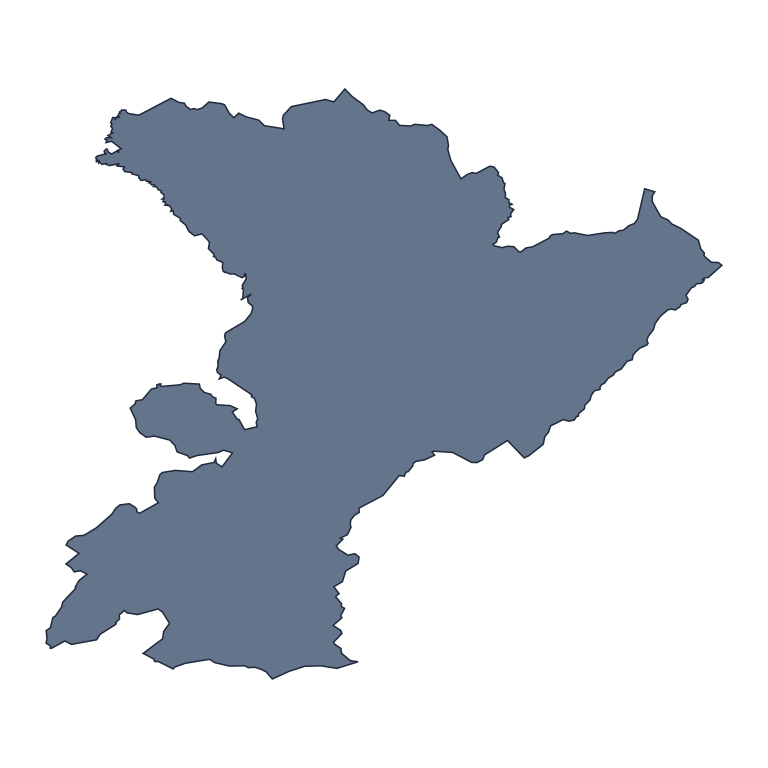 outline of Buncrana Lea-5, Donegal, Ireland
{"feature_id": "5873133B98241361012994", "entity_name": "Buncrana Lea-5", "entity_type": "district", "adm_level": 2, "iso_a3": "IRL", "parent_name": "Ireland", "parent_adm1": "Donegal", "projection": "equal_earth", "projection_center": [-7.424, 55.085], "detail": "fine", "context": "isolated", "style": "filled", "palette": "slate", "viewbox_px": 768, "rotation_deg": 0, "n_neighbors": 0, "source": "geoboundaries", "source_scale": "gbopen_adm2", "svg_char_len": 6092}
<svg xmlns="http://www.w3.org/2000/svg" viewBox="0 0 768 768"><path d="M272.3,679.0L288.9,671.4L304.6,666.3L320.8,665.8L336.8,668.4L358.1,661.8L350.2,660.6L341.6,653.3L340.9,648.4L334.9,644.4L333.5,642.3L341.9,633.5L340.7,630.4L333.1,625.4L341.9,617.8L340.7,615.8L344.6,608.3L341.4,606.8L341.6,603.7L335.5,596.6L339.1,593.6L333.8,586.7L342.4,581.6L345.8,571.0L358.1,563.5L359.1,557.1L354.9,553.7L347.8,555.2L338.9,549.5L336.2,546.0L342.9,539.1L340.3,538.1L347.5,534.6L351.0,527.2L350.2,524.1L350.9,519.8L354.4,515.4L359.3,512.4L359.0,508.1L383.0,495.4L399.2,475.6L404.2,476.3L406.0,472.3L408.4,471.5L412.7,466.1L413.3,463.4L415.9,461.4L424.5,459.9L434.6,455.2L432.0,451.8L433.5,451.2L452.5,452.4L471.6,462.4L477.0,462.6L482.7,459.6L484.6,454.9L507.5,440.5L524.2,457.9L528.8,455.8L543.3,444.2L544.8,436.6L548.4,432.4L550.6,425.9L563.2,419.6L568.9,421.2L574.2,420.1L576.7,416.4L578.2,416.3L578.8,413.4L584.4,408.8L584.8,405.4L590.1,399.9L591.2,395.4L594.4,390.8L600.1,389.4L599.9,387.4L601.8,384.4L604.3,383.4L608.3,378.2L613.6,374.9L615.1,372.1L621.3,368.9L627.1,361.3L632.3,359.7L632.9,355.5L635.7,351.9L639.9,348.1L647.0,344.9L648.1,343.2L646.8,340.6L648.2,336.5L653.5,329.4L655.1,323.6L660.6,316.0L667.8,309.9L671.4,309.0L675.2,310.0L679.9,306.8L681.0,304.5L686.6,302.7L688.1,299.2L686.0,295.4L691.5,287.6L694.3,286.7L696.5,283.9L701.6,283.2L703.7,281.4L704.3,279.7L702.6,279.7L704.3,277.9L708.2,277.5L721.9,265.3L718.3,262.5L711.5,262.3L705.5,257.3L704.0,255.6L704.3,252.9L700.8,249.0L698.4,240.2L680.4,228.1L671.8,224.0L668.1,220.0L660.8,216.7L652.2,201.5L652.4,195.5L654.8,191.8L644.7,188.8L637.5,219.3L634.3,223.5L628.8,225.7L623.3,230.3L619.1,230.7L614.5,233.5L612.9,232.4L604.7,232.8L587.4,235.5L574.5,232.8L570.6,233.3L566.5,231.1L562.7,233.8L553.1,234.4L550.2,235.9L549.2,238.1L532.6,246.8L526.1,247.9L520.8,251.9L518.9,251.8L513.9,246.7L507.4,246.2L502.2,247.7L494.4,245.8L493.1,244.2L496.1,242.5L498.0,237.7L499.5,237.1L497.5,232.5L501.5,226.4L501.2,224.6L508.9,219.5L508.0,217.4L511.1,216.7L510.5,214.0L513.8,209.5L509.5,207.3L509.5,205.3L512.1,204.3L508.8,202.6L508.9,199.6L505.4,197.8L505.5,193.4L504.0,189.3L505.0,183.4L503.7,183.1L502.0,177.7L497.7,175.2L498.6,172.8L494.2,167.1L489.8,166.2L476.2,173.4L472.2,172.6L467.4,174.4L461.0,178.8L450.9,160.6L447.8,149.4L448.5,145.5L447.0,136.8L439.7,130.1L431.8,124.3L427.6,125.5L414.6,124.3L410.5,126.0L399.6,125.4L395.5,120.4L388.8,120.3L389.8,115.3L385.2,111.9L379.8,110.1L372.1,112.9L367.3,110.0L363.5,104.9L351.8,96.2L344.9,89.0L333.9,101.9L325.5,99.5L291.3,106.6L283.3,115.3L282.5,119.2L284.1,128.8L264.4,125.7L258.7,120.1L246.0,116.8L238.7,113.1L234.0,117.7L229.4,113.4L224.7,104.9L221.9,103.7L208.9,102.0L202.1,108.0L196.9,109.7L194.1,108.5L190.5,109.5L185.8,106.0L184.5,103.2L179.2,102.5L171.0,98.3L138.8,115.2L128.9,113.6L126.8,112.6L125.8,110.1L121.2,109.9L122.0,110.3L119.7,111.7L120.2,113.3L119.3,113.0L117.6,116.4L119.0,116.7L118.7,117.6L116.9,116.9L114.8,120.1L115.5,117.7L112.7,117.5L110.6,122.9L112.1,124.3L110.7,126.3L112.5,128.2L111.0,132.5L112.6,133.0L108.0,135.5L111.2,137.6L106.6,137.6L104.9,139.1L107.0,140.3L106.0,142.6L111.6,141.3L121.2,148.8L117.6,150.4L119.2,152.6L116.8,151.1L111.6,154.0L108.3,151.9L107.1,149.0L105.9,149.2L104.1,151.2L104.7,153.2L106.6,153.6L97.4,156.0L95.7,157.5L97.7,160.6L96.3,160.1L96.4,161.8L99.1,161.0L98.7,163.1L99.8,162.5L101.8,164.3L106.4,163.5L106.1,164.4L109.5,165.6L117.8,163.9L117.1,164.6L118.5,164.4L117.3,166.1L124.5,166.9L123.1,169.1L124.7,171.6L131.6,172.5L131.8,173.9L138.6,175.6L138.7,177.6L141.0,180.5L146.0,179.7L146.4,181.2L150.0,181.6L149.2,182.5L150.3,182.3L149.7,183.0L151.8,184.9L154.1,184.5L154.7,185.9L153.7,186.5L156.6,186.9L158.1,189.7L161.3,190.9L161.0,192.5L163.9,194.8L164.1,197.5L162.1,199.0L163.9,199.1L163.0,201.8L165.3,201.9L165.2,204.2L166.6,204.6L165.5,205.2L169.3,205.6L171.7,209.0L170.7,211.3L173.2,210.9L173.7,214.4L180.2,218.2L180.3,220.7L185.4,224.7L188.9,231.5L194.6,235.8L202.0,233.9L208.5,240.9L209.4,242.7L208.4,248.6L213.4,253.7L214.3,255.3L213.5,256.5L215.6,257.2L216.7,259.8L222.7,262.5L222.3,267.6L223.3,271.5L225.3,272.2L224.3,272.9L225.6,272.1L229.8,274.0L234.2,273.9L242.1,277.7L244.7,276.1L244.3,274.0L245.6,274.0L246.2,278.7L242.2,285.5L243.1,287.8L242.1,288.3L243.5,289.9L242.7,298.5L240.5,300.0L251.4,294.1L247.5,297.6L248.2,302.5L252.6,306.2L252.3,309.9L250.9,313.8L244.6,321.5L225.5,332.8L224.6,335.7L225.8,341.9L219.8,350.8L219.2,357.8L217.8,360.9L218.0,366.6L216.7,369.6L217.4,372.4L221.1,375.4L219.3,378.9L224.2,377.1L227.6,378.6L248.9,392.8L252.0,395.2L251.3,396.3L252.3,397.4L254.3,398.1L256.5,404.1L255.6,411.2L257.7,418.8L256.2,422.2L257.0,426.7L244.6,429.7L239.0,419.5L237.2,419.1L232.3,412.0L237.3,408.8L230.1,405.6L216.8,404.8L215.7,403.5L216.0,398.3L212.4,396.7L210.9,394.3L204.5,392.5L200.2,388.4L199.4,384.1L184.0,383.2L180.1,384.8L161.6,386.4L160.1,385.7L161.0,384.1L159.2,383.9L156.8,384.9L156.9,387.8L151.5,389.0L142.4,399.7L135.9,400.8L135.0,404.0L130.2,408.2L135.6,419.7L136.3,427.6L139.8,432.7L146.1,437.2L154.6,436.1L169.8,440.1L174.9,445.5L177.1,451.9L187.5,455.6L189.5,458.1L197.3,455.5L218.3,452.5L223.6,450.2L232.5,452.8L222.0,466.9L216.3,463.2L215.7,458.7L214.0,462.5L201.7,464.9L192.6,471.7L175.3,470.4L162.3,472.5L159.7,474.9L157.3,482.6L154.4,487.2L154.7,498.1L158.3,502.8L139.8,513.2L136.8,511.8L136.6,508.9L135.2,507.3L129.3,503.7L119.9,504.9L115.7,508.3L111.7,514.3L96.5,527.7L83.9,535.4L75.7,536.0L68.2,541.1L66.1,545.0L79.0,553.4L65.9,564.0L71.1,567.5L74.2,571.8L80.6,570.8L87.0,574.2L79.0,580.5L75.2,587.2L75.9,588.1L62.7,602.2L61.5,607.2L55.2,616.3L52.9,617.4L50.4,627.8L46.2,630.5L47.0,638.5L46.1,643.2L50.6,646.0L50.1,648.1L51.3,648.4L64.9,641.0L71.5,644.4L96.6,639.8L100.2,634.2L115.5,624.6L116.3,623.6L115.6,622.5L119.5,619.1L119.3,614.8L124.5,610.5L126.8,612.8L137.5,614.6L158.2,608.9L162.7,612.4L169.5,623.4L163.7,631.4L162.6,638.8L143.1,653.4L153.8,659.1L154.6,661.5L158.5,661.6L173.2,669.0L174.5,667.2L185.2,663.3L209.5,659.3L214.6,662.6L229.5,666.1L244.5,665.8L248.7,667.7L254.4,667.2L261.1,669.3L266.1,671.8L272.3,679.0Z" fill="#64748b" stroke="#1e293b" stroke-width="1.5"/></svg>